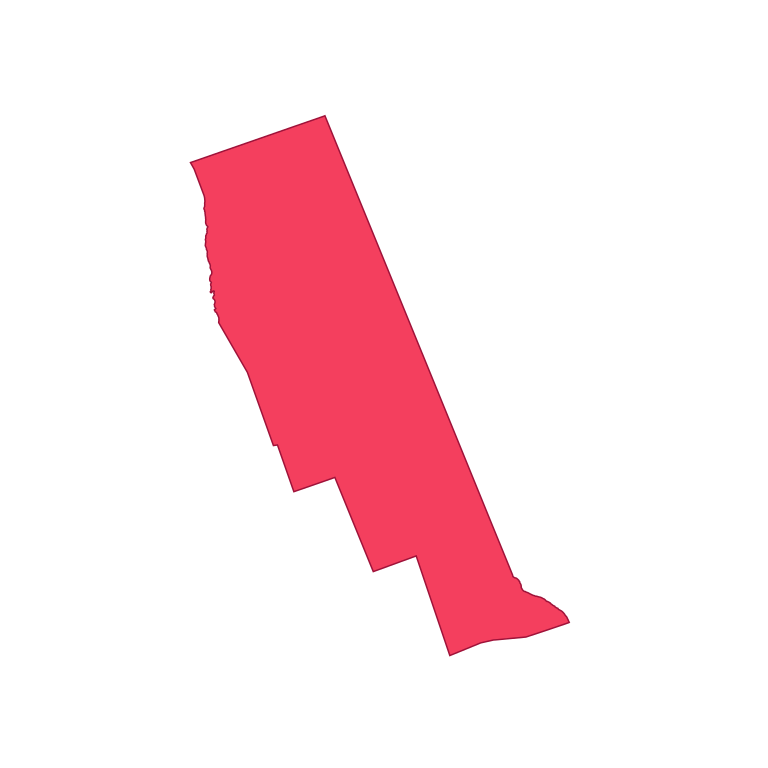 the district of Colón, Buenos Aires, Argentina, rotated 116°
{"feature_id": "61730980B58132582159451", "entity_name": "Colón", "entity_type": "district", "adm_level": 2, "iso_a3": "ARG", "parent_name": "Argentina", "parent_adm1": "Buenos Aires", "projection": "mercator", "projection_center": [-61.045, -33.853], "detail": "fine", "context": "isolated", "style": "filled", "palette": "rose", "viewbox_px": 768, "rotation_deg": 116, "n_neighbors": 0, "source": "geoboundaries", "source_scale": "gbopen_adm2", "svg_char_len": 3867}
<svg xmlns="http://www.w3.org/2000/svg" viewBox="0 0 768 768"><g transform="rotate(116 384 384)"><path d="M517.0,113.0L516.8,113.3L516.3,113.9L515.9,114.5L515.2,115.2L514.6,116.1L514.2,116.5L513.2,117.8L513.0,118.2L512.8,118.8L512.7,119.2L512.5,119.6L512.3,120.0L511.7,120.8L511.5,121.3L511.2,121.9L511.0,122.4L510.7,123.2L510.5,123.7L510.2,125.1L510.2,125.9L510.1,126.9L510.1,127.7L510.1,128.4L509.4,129.4L509.6,130.7L509.5,131.4L509.3,132.7L508.9,133.1L508.9,135.4L508.6,136.2L508.5,137.0L508.4,137.7L508.2,138.0L507.9,138.5L508.0,139.2L507.8,139.8L507.8,140.5L507.8,141.1L507.8,141.6L507.8,142.0L508.1,142.5L507.7,143.7L507.5,144.1L507.4,144.3L507.3,144.7L507.2,145.1L507.0,146.1L507.1,146.7L507.1,147.4L507.0,148.2L507.0,149.0L507.1,150.0L507.3,150.8L507.6,152.1L507.7,152.9L507.8,153.8L508.3,154.6L508.3,156.1L508.6,157.4L508.6,157.9L508.6,159.4L508.6,160.5L508.6,161.2L508.5,162.5L508.5,163.2L508.6,164.0L508.7,165.0L508.7,165.3L508.6,166.2L508.8,166.5L508.8,166.9L508.9,167.5L508.8,168.0L508.4,168.9L508.2,169.5L507.7,170.1L507.3,170.5L507.0,171.2L506.5,171.6L505.8,171.9L504.9,172.5L504.3,173.0L503.6,173.9L503.1,174.8L502.1,175.5L502.0,176.1L501.5,176.6L501.3,177.0L500.8,178.6L500.7,179.0L500.5,179.8L500.7,181.0L500.9,181.7L500.9,182.0L500.6,183.2L500.6,183.7L499.4,184.6L498.5,185.6L493.2,191.5L462.5,225.9L415.7,278.2L368.3,331.2L339.6,363.3L339.3,363.7L338.2,364.9L194.1,526.4L168.8,554.7L169.5,555.3L191.8,577.5L192.0,577.7L269.8,655.0L274.1,648.8L294.0,627.8L294.3,627.7L294.7,627.4L295.0,627.1L295.2,626.9L295.5,626.7L295.8,626.6L296.2,626.3L296.6,626.1L297.2,625.7L297.7,625.4L298.4,625.0L299.1,624.8L300.0,624.5L300.6,624.2L301.1,623.9L301.5,623.7L302.0,623.5L302.5,623.3L303.1,623.0L304.0,623.0L305.2,622.8L305.9,622.2L306.1,621.7L306.5,621.4L307.3,621.0L308.1,620.1L308.8,619.8L309.8,619.2L310.1,618.9L310.9,618.5L311.4,618.1L312.3,617.5L313.0,617.1L313.6,616.8L314.6,616.1L315.4,615.9L316.2,615.5L317.1,615.1L317.7,614.7L318.2,614.1L318.7,613.7L319.3,612.8L319.6,611.6L319.8,611.3L320.6,611.1L321.3,611.3L321.9,611.2L322.7,611.0L323.3,610.5L323.8,610.1L324.4,610.1L325.2,609.5L326.0,609.2L326.8,609.4L327.7,609.2L328.2,609.1L328.9,609.2L330.0,608.7L330.8,608.2L331.5,608.0L332.2,608.0L332.9,607.6L333.5,607.0L334.1,606.7L335.0,606.3L335.7,606.2L336.4,605.8L336.9,605.7L337.8,605.4L338.4,604.9L338.9,604.3L339.5,603.5L339.9,603.1L340.6,602.8L341.1,602.4L341.4,601.8L341.8,601.3L342.0,601.2L342.3,600.9L342.6,600.8L342.9,600.6L343.6,600.3L344.6,600.0L345.1,599.5L346.1,599.2L347.0,598.7L347.7,598.0L348.3,597.4L349.1,596.9L349.4,596.4L350.3,596.0L350.8,595.2L351.1,594.7L351.8,594.1L352.3,593.3L352.9,592.7L353.7,592.0L354.1,591.8L355.6,591.3L356.2,590.8L356.7,590.1L357.1,589.6L357.7,588.8L358.5,588.1L359.3,587.6L360.2,587.3L360.9,587.1L362.0,587.3L362.8,587.5L363.4,587.4L364.6,587.1L365.2,587.0L366.2,586.6L367.1,586.1L367.8,585.3L367.9,584.7L368.4,583.7L369.3,583.6L370.1,583.6L370.8,583.3L371.8,582.6L372.2,581.9L373.3,581.6L373.8,581.2L375.0,581.1L375.4,580.7L376.2,580.4L377.2,580.6L377.8,580.0L377.6,579.1L376.9,578.9L375.9,578.7L375.1,578.0L375.1,577.2L375.8,577.0L376.9,576.9L377.3,576.4L378.0,575.8L378.6,575.4L379.4,575.7L380.2,575.8L380.6,575.5L381.6,575.6L382.2,574.8L382.3,574.0L382.5,573.4L383.2,572.6L383.8,572.1L384.4,571.7L385.2,571.6L386.1,571.4L387.0,571.4L387.5,570.8L388.3,570.5L388.9,569.9L389.3,569.1L390.0,568.2L390.7,568.5L391.5,569.0L392.1,568.6L392.5,567.8L392.9,567.5L393.1,567.3L393.1,566.5L393.2,565.9L393.5,565.4L394.2,564.9L394.4,564.2L394.8,563.8L395.4,563.1L396.0,562.5L396.5,561.8L397.1,561.4L397.7,561.0L398.3,560.8L399.0,560.3L400.0,560.0L400.8,559.7L401.3,559.5L433.4,511.9L487.8,456.4L485.5,453.0L520.3,417.8L489.5,387.2L557.3,311.4L524.4,279.7L599.2,205.8L574.3,183.6L566.1,173.4L564.9,171.3L549.2,145.5L531.6,127.5L517.4,113.2L517.0,113.0Z" fill="#f43f5e" stroke="#9f1239" stroke-width="1.5"/></g></svg>